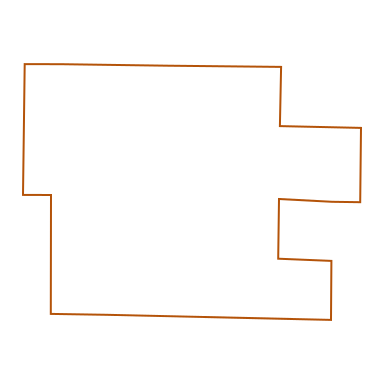 Dent, Missouri, United States of America (Equal Earth projection)
{"feature_id": "52423323B29389566845482", "entity_name": "Dent", "entity_type": "district", "adm_level": 2, "iso_a3": "USA", "parent_name": "United States of America", "parent_adm1": "Missouri", "projection": "equal_earth", "projection_center": [-91.456, 37.603], "detail": "fine", "context": "isolated", "style": "outline", "palette": "amber", "viewbox_px": 384, "rotation_deg": 0, "n_neighbors": 0, "source": "geoboundaries", "source_scale": "gbopen_adm2", "svg_char_len": 321}
<svg xmlns="http://www.w3.org/2000/svg" viewBox="0 0 384 384"><path d="M167.6,65.7L61.9,64.2L24.7,64.1L23.0,194.9L51.0,195.0L50.8,313.9L106.7,314.8L331.0,319.9L331.4,260.9L278.2,258.7L279.0,199.0L332.1,201.8L360.2,202.2L361.0,127.9L279.9,126.1L281.1,66.9L167.6,65.7Z" fill="none" stroke="#b45309" stroke-width="2"/></svg>